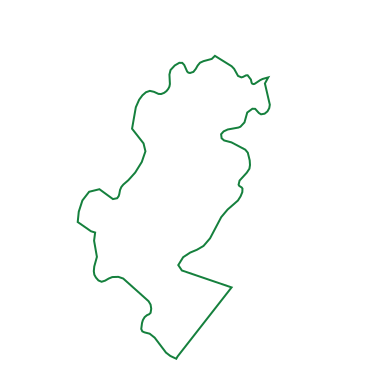 the Province of Pisa, rotated 223°
{"feature_id": "ITA-5381", "entity_name": "Pisa", "entity_type": "Province", "adm_level": 1, "iso_a3": "ITA", "parent_name": "Italy", "parent_adm1": "", "projection": "orthographic", "projection_center": [10.703, 43.467], "detail": "fine", "context": "isolated", "style": "outline", "palette": "green", "viewbox_px": 384, "rotation_deg": 223, "n_neighbors": 0, "source": "natural_earth", "source_scale": "10m", "svg_char_len": 1795}
<svg xmlns="http://www.w3.org/2000/svg" viewBox="0 0 384 384"><g transform="rotate(223 192 192)"><path d="M98.0,149.2L90.4,61.9L89.8,59.3L96.1,57.3L101.5,56.8L119.9,60.0L126.3,59.5L131.1,56.9L133.3,56.2L135.7,57.2L139.2,62.1L140.6,64.9L141.3,68.2L140.9,71.3L140.0,73.3L139.9,75.4L142.2,78.8L145.5,81.4L149.3,82.5L183.3,81.8L188.0,79.7L192.3,75.4L193.9,71.9L195.1,67.9L196.9,64.7L200.1,63.5L203.9,63.9L207.0,64.9L209.8,67.1L212.7,70.9L217.3,79.7L230.4,89.6L235.2,96.3L239.1,94.4L255.1,92.1L261.4,100.4L266.4,111.1L267.4,122.0L261.6,130.9L245.0,132.9L242.5,136.4L242.8,138.9L243.7,140.8L246.0,144.4L247.1,147.5L247.3,150.6L246.6,157.2L246.8,167.5L249.2,179.7L253.8,190.0L260.6,194.5L279.0,197.4L290.9,215.7L293.6,223.5L294.2,228.9L293.7,233.6L291.8,237.2L288.2,239.3L283.4,240.9L281.4,242.6L280.0,245.5L279.5,248.4L279.7,251.2L280.4,253.7L281.8,255.9L288.6,262.5L290.9,266.6L290.9,272.8L289.4,277.8L287.2,279.8L284.3,279.6L277.7,276.8L276.1,276.8L274.6,277.7L272.9,280.8L273.2,284.6L274.1,288.4L274.3,292.0L272.8,295.6L268.3,302.8L268.1,307.2L248.8,311.0L245.2,310.8L237.5,308.3L234.1,309.5L233.2,310.9L232.0,314.2L230.9,315.3L225.6,314.4L223.0,312.6L222.1,312.3L220.8,312.7L220.0,313.7L218.4,320.4L217.4,322.9L214.4,327.8L212.7,321.1L194.6,308.9L192.7,306.0L191.8,302.4L192.3,298.8L194.5,295.9L197.0,295.4L202.5,295.9L204.6,294.1L205.8,287.8L201.1,278.7L201.1,272.8L202.0,270.8L208.5,262.1L210.2,257.9L210.1,254.1L207.0,251.5L203.7,251.6L197.0,255.2L181.9,259.3L178.0,258.8L171.4,254.5L168.0,251.3L165.9,248.2L165.1,243.4L165.0,232.8L162.9,229.1L161.6,228.7L158.7,229.2L157.4,228.9L155.1,226.2L153.5,221.9L152.6,217.1L154.0,203.5L153.5,193.6L147.2,170.4L146.8,160.4L149.0,153.1L152.0,146.5L154.0,138.3L152.2,129.2L145.9,127.7L98.0,149.2Z" fill="none" stroke="#15803d" stroke-width="2"/></g></svg>